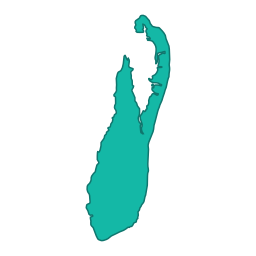 Aniwa, Vanuatu (Mercator projection)
{"feature_id": "77236927B97444346691075", "entity_name": "Aniwa", "entity_type": "district", "adm_level": 2, "iso_a3": "VUT", "parent_name": "Vanuatu", "parent_adm1": "", "projection": "mercator", "projection_center": [169.604, -19.244], "detail": "fine", "context": "isolated", "style": "filled", "palette": "teal", "viewbox_px": 256, "rotation_deg": 0, "n_neighbors": 0, "source": "geoboundaries", "source_scale": "gbopen_adm2", "svg_char_len": 4815}
<svg xmlns="http://www.w3.org/2000/svg" viewBox="0 0 256 256"><path d="M139.5,108.7L137.8,106.4L137.4,105.8L136.6,103.1L134.9,100.8L134.9,97.6L133.3,93.8L132.0,91.0L131.9,90.3L132.0,89.7L133.2,87.5L133.6,86.1L132.5,85.3L132.3,84.5L132.2,80.9L132.0,80.1L131.2,78.3L131.3,75.7L130.8,72.9L131.0,71.6L132.9,69.8L133.1,68.9L132.8,68.6L129.7,67.5L129.2,67.1L128.8,66.3L128.7,65.9L129.3,61.4L129.1,59.8L128.2,58.2L128.1,58.3L128.1,59.1L127.8,59.8L127.6,60.0L127.2,59.8L126.7,59.0L125.3,55.7L125.0,55.4L124.5,55.7L124.1,56.4L123.3,63.8L122.4,67.7L121.0,70.5L120.4,71.0L118.7,71.9L118.1,72.4L117.5,73.7L116.3,78.4L116.6,84.9L116.4,87.9L116.5,90.6L115.9,92.1L114.0,94.7L114.0,95.7L114.2,96.1L115.1,96.5L115.5,97.4L115.6,101.4L115.6,103.7L114.7,105.7L114.5,107.5L114.8,108.5L116.1,110.7L116.3,113.1L115.8,113.8L114.5,114.7L113.6,117.3L113.2,117.5L112.5,117.5L112.3,117.8L112.3,118.3L112.9,119.1L112.5,121.1L112.4,121.8L110.9,123.9L110.3,126.6L109.8,127.1L108.3,127.6L107.9,128.1L108.7,129.7L108.7,130.4L106.6,132.2L106.2,134.2L105.1,135.1L104.7,135.6L104.1,138.3L101.1,142.5L101.0,145.9L100.1,150.1L99.2,151.9L98.8,152.0L97.7,151.7L97.5,152.5L97.3,156.0L97.3,159.6L98.7,162.1L98.8,163.0L96.9,165.1L95.7,169.5L95.3,171.7L93.4,173.7L91.7,176.1L91.2,177.6L91.1,180.0L90.7,181.3L89.7,183.2L87.9,185.0L87.3,186.2L87.2,187.3L87.1,189.3L87.5,191.1L88.1,192.5L89.1,193.8L89.6,195.5L90.1,201.9L89.9,202.9L89.5,203.4L87.4,204.3L86.7,205.0L86.3,207.2L86.3,207.9L87.9,210.7L89.0,214.2L90.2,215.2L92.1,215.0L92.6,215.4L92.7,216.1L91.8,216.7L90.4,217.1L90.4,218.4L90.9,221.1L90.8,223.0L90.9,224.8L91.5,225.8L93.2,227.6L94.5,231.1L96.3,235.9L97.8,238.9L98.8,239.7L101.3,240.6L102.3,240.6L103.6,240.4L106.5,239.4L108.0,238.6L111.4,235.9L116.4,233.5L119.6,231.9L123.6,230.3L125.9,228.9L128.0,227.3L129.5,227.3L130.1,226.6L131.7,226.4L132.6,225.4L133.7,223.3L134.3,222.7L136.1,222.0L136.3,221.6L136.4,220.8L136.7,219.5L137.8,218.4L137.7,217.3L138.3,215.1L138.0,211.9L139.4,210.0L139.9,208.0L141.2,206.0L141.6,204.9L143.4,202.6L144.0,201.3L145.0,196.6L145.6,195.2L147.3,185.2L147.5,175.6L147.7,173.3L148.4,170.9L148.3,168.9L147.9,166.7L147.8,163.8L148.5,149.2L148.1,145.9L148.2,144.7L148.8,142.2L153.0,131.7L153.6,129.2L154.0,125.4L155.0,121.9L157.8,111.0L158.4,109.2L159.3,107.0L159.8,105.2L161.9,100.5L163.0,96.8L164.3,93.0L165.1,90.1L166.2,87.3L167.5,81.1L168.3,78.2L168.9,76.8L169.1,73.5L169.6,70.0L169.6,68.0L169.2,64.8L169.7,59.6L169.3,49.1L168.9,46.1L166.0,38.7L165.3,35.4L163.9,33.0L162.3,31.0L159.3,27.9L158.7,27.6L156.3,27.4L156.1,27.4L153.1,26.6L152.3,26.2L150.9,24.3L150.4,23.8L149.3,20.7L145.6,16.4L143.3,15.4L141.9,15.4L140.7,15.8L140.1,16.6L139.6,17.8L139.0,18.4L135.8,20.6L135.2,21.7L135.2,23.0L135.7,24.2L135.8,25.1L134.8,27.0L134.8,28.0L135.8,29.2L136.2,30.1L136.3,30.8L136.1,31.5L137.1,32.3L140.2,32.4L143.0,32.3L143.5,32.0L143.6,31.7L143.5,30.5L142.6,29.6L142.6,29.2L143.3,28.7L143.5,28.0L142.9,24.3L143.3,24.3L144.3,24.8L144.9,25.4L145.8,27.4L147.1,28.8L147.0,29.2L146.3,29.8L146.0,30.7L146.0,31.7L147.0,33.9L146.7,35.7L147.2,36.2L149.3,37.2L150.0,38.1L150.2,38.7L149.9,39.0L149.0,38.9L147.1,38.1L146.9,38.3L146.9,38.5L147.4,39.2L147.6,40.1L147.8,40.3L150.0,40.4L151.5,40.8L152.8,41.5L154.8,44.3L155.7,46.3L156.1,48.4L156.1,50.5L155.8,53.7L155.1,57.2L155.2,59.0L155.9,60.8L155.8,63.6L156.2,63.6L156.5,63.3L156.9,62.7L157.4,61.4L157.5,54.1L157.6,53.4L159.3,52.7L162.0,52.3L162.8,51.9L164.8,51.5L165.0,51.9L164.9,53.4L164.4,53.5L162.6,53.1L161.5,53.9L159.5,54.9L158.5,56.2L158.6,57.6L159.0,59.9L159.1,61.2L158.5,64.4L158.1,65.3L158.1,66.2L158.6,66.6L161.3,66.7L161.8,66.9L161.8,67.2L161.4,67.4L157.4,67.6L157.3,68.0L157.7,69.2L157.8,70.2L157.3,71.3L156.7,72.7L155.6,74.1L154.9,74.8L152.6,76.0L152.3,76.3L152.6,77.5L152.6,78.2L152.0,79.2L151.5,79.6L150.8,79.5L149.2,78.5L148.8,78.6L148.8,79.2L149.0,79.8L150.0,81.0L151.3,81.8L151.8,82.1L153.4,82.6L156.7,82.8L158.0,83.1L158.7,83.3L159.9,84.1L161.4,84.6L161.6,84.9L161.4,85.7L160.8,85.8L158.1,85.0L155.8,85.0L155.0,85.1L153.9,85.8L153.8,87.4L153.6,87.8L153.4,87.9L152.4,87.4L152.2,87.5L152.1,88.2L152.0,88.5L152.0,89.5L152.5,90.5L154.7,92.7L155.9,93.3L158.2,93.8L158.2,94.4L157.8,95.0L156.9,95.2L154.2,93.7L153.2,93.6L152.3,94.0L151.1,96.1L150.0,96.8L149.7,97.2L148.7,100.5L148.8,102.6L148.3,104.8L146.8,106.0L146.8,107.1L147.0,108.8L146.1,109.4L145.6,110.8L145.0,111.4L144.3,111.5L143.9,110.9L143.2,110.9L142.0,113.5L140.5,115.6L140.2,116.6L140.3,118.6L142.2,124.4L142.1,126.1L141.4,127.9L141.5,129.6L142.0,131.6L143.3,133.7L142.6,133.8L141.6,133.0L141.0,132.7L140.8,132.3L140.2,126.1L140.4,125.2L141.1,124.8L141.1,124.3L139.2,122.1L138.8,121.0L138.2,118.6L138.4,117.0L139.0,115.9L139.5,113.9L139.6,110.9L139.5,108.7ZM151.9,84.9L151.8,85.7L151.9,85.8L152.7,85.8L153.2,85.2L153.2,84.6L152.8,84.2L152.4,84.2L151.9,84.9Z" fill="#14b8a6" stroke="#0f766e" stroke-width="1.5"/></svg>